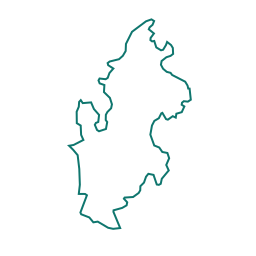 SVG path tracing the border of Buckinghamshire, rotated 225°
{"feature_id": "GBR-2040", "entity_name": "Buckinghamshire", "entity_type": "Administrative County", "adm_level": 1, "iso_a3": "GBR", "parent_name": "United Kingdom", "parent_adm1": "", "projection": "mercator", "projection_center": [-0.785, 51.775], "detail": "fine", "context": "isolated", "style": "outline", "palette": "teal", "viewbox_px": 256, "rotation_deg": 225, "n_neighbors": 0, "source": "natural_earth", "source_scale": "10m", "svg_char_len": 1731}
<svg xmlns="http://www.w3.org/2000/svg" viewBox="0 0 256 256"><g transform="rotate(225 128 128)"><path d="M116.2,46.6L121.9,53.8L133.5,64.6L144.4,73.2L151.4,73.8L157.1,73.8L154.5,77.5L151.1,88.0L156.3,90.0L163.2,96.3L167.6,95.2L175.8,103.2L177.8,108.2L181.0,111.9L181.1,114.3L177.6,113.6L172.2,120.0L165.5,117.3L157.7,116.8L153.3,111.2L154.3,108.9L153.7,106.8L148.5,104.7L146.2,105.2L142.9,111.7L146.9,117.5L149.4,117.9L153.0,121.7L153.9,124.8L153.9,130.0L156.1,133.4L162.1,136.5L170.4,136.4L175.1,141.7L179.6,139.5L182.5,140.8L183.1,142.9L178.3,146.7L177.8,149.1L180.0,153.8L180.4,159.7L186.4,158.4L188.3,159.5L188.0,162.0L183.0,170.3L182.7,175.4L184.1,180.8L188.9,186.0L193.2,198.9L190.7,216.2L188.2,221.4L185.2,222.1L183.6,218.3L183.9,214.5L183.1,212.5L176.5,213.2L175.7,207.7L174.3,206.0L172.2,206.3L171.0,208.1L165.0,205.0L159.6,206.3L158.5,208.2L159.8,213.5L161.2,216.5L156.2,217.1L152.9,216.3L148.5,212.3L148.9,209.1L150.9,205.2L151.6,199.1L149.4,196.0L145.1,194.7L140.3,195.1L136.9,197.1L134.3,196.7L120.3,201.2L115.9,200.1L113.3,198.5L112.3,199.4L103.6,192.4L104.3,189.0L107.5,186.4L107.7,184.1L106.5,182.4L103.4,183.1L101.2,177.2L103.9,172.3L101.6,169.1L104.7,168.0L105.7,162.1L107.4,161.2L114.4,163.0L114.8,161.9L113.1,156.7L114.4,151.7L112.8,146.7L107.5,139.1L97.1,134.2L92.1,136.3L86.8,135.3L82.5,138.2L77.5,135.7L74.8,128.9L69.2,126.8L68.2,116.0L65.4,111.7L66.0,109.6L67.7,108.4L76.8,112.9L81.2,110.0L80.8,106.3L78.1,100.7L78.1,95.6L75.3,92.6L74.5,89.6L75.6,82.8L81.2,76.4L80.9,75.1L76.0,74.9L74.3,72.3L75.6,67.4L80.0,59.6L79.0,58.4L69.3,54.4L62.8,51.7L67.2,46.2L71.5,43.4L83.2,40.4L85.8,36.8L92.1,37.4L100.1,33.9L101.9,34.6L109.5,51.4L111.7,51.0L116.2,46.6Z" fill="none" stroke="#0f766e" stroke-width="2"/></g></svg>